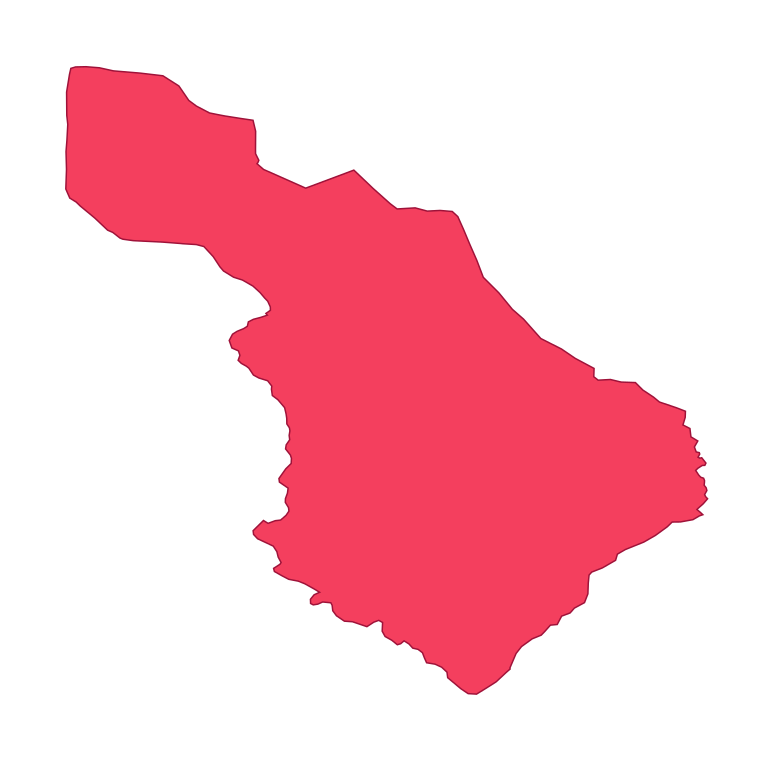 Pynes Town, Sinoe, Liberia (Natural Earth projection), rotated 272°
{"feature_id": "62588387B44747363578735", "entity_name": "Pynes Town", "entity_type": "district", "adm_level": 2, "iso_a3": "LBR", "parent_name": "Liberia", "parent_adm1": "Sinoe", "projection": "natural_earth1", "projection_center": [-8.563, 5.57], "detail": "fine", "context": "isolated", "style": "filled", "palette": "rose", "viewbox_px": 768, "rotation_deg": 272, "n_neighbors": 0, "source": "geoboundaries", "source_scale": "gbopen_adm2", "svg_char_len": 3441}
<svg xmlns="http://www.w3.org/2000/svg" viewBox="0 0 768 768"><g transform="rotate(272 384 384)"><path d="M688.5,60.0L686.8,59.7L682.7,58.9L664.6,56.6L655.2,57.0L641.3,57.6L632.4,58.9L616.5,58.6L605.2,58.1L587.3,59.2L567.8,59.2L564.2,60.9L558.8,63.5L555.1,70.0L553.3,72.0L551.3,74.2L539.9,89.0L528.1,102.4L526.0,107.7L520.6,115.1L519.6,117.9L518.6,127.5L518.5,128.9L518.1,157.5L517.3,176.4L517.2,177.2L516.8,191.6L515.1,199.2L505.3,208.9L495.3,216.0L491.3,219.7L485.5,229.9L484.7,232.7L483.0,238.8L477.3,249.6L471.1,256.9L465.7,261.8L462.7,264.9L457.1,267.7L453.7,267.9L450.4,263.5L448.7,265.0L446.2,258.2L444.1,251.2L441.4,246.3L436.9,245.4L434.4,241.7L431.5,235.3L428.5,230.9L422.1,227.8L414.7,230.7L412.0,237.4L407.6,239.0L402.6,237.4L399.6,240.7L397.0,245.8L395.1,248.4L388.4,253.2L385.6,258.8L383.2,267.6L378.0,271.9L374.8,271.7L368.6,272.8L364.6,278.5L356.9,285.5L350.6,287.2L346.2,288.0L340.7,288.3L336.9,291.0L333.9,291.6L329.3,291.0L325.0,291.7L319.8,288.4L315.7,287.9L309.8,292.9L306.5,294.1L301.3,294.0L297.7,290.6L295.8,288.8L285.9,282.3L282.3,282.9L276.6,291.8L271.5,291.3L266.0,289.5L262.3,289.5L257.1,292.9L253.6,293.4L249.3,290.7L244.4,285.4L243.6,280.1L240.7,273.0L241.9,270.9L243.4,268.3L232.8,258.3L229.1,258.9L224.9,263.1L221.0,272.3L218.1,279.0L212.7,282.8L207.3,284.3L202.0,287.4L200.2,286.3L195.9,280.1L192.8,281.0L188.6,289.1L185.5,295.6L184.0,305.1L181.6,311.8L176.6,321.6L173.6,326.9L170.9,321.5L166.3,318.0L162.1,318.3L160.8,321.0L161.7,325.6L164.0,330.3L163.5,338.5L161.0,339.9L155.6,340.7L150.7,344.6L145.6,352.7L145.3,360.8L140.9,375.4L145.6,382.1L147.6,387.0L145.6,390.9L136.9,390.8L131.7,393.9L128.2,400.7L123.9,406.4L125.0,409.7L128.0,413.0L125.1,418.0L121.0,422.0L120.0,427.3L116.8,431.8L111.6,434.0L106.9,436.3L105.8,444.7L103.0,451.5L98.2,457.0L92.7,457.9L82.1,471.5L77.5,478.9L77.3,487.3L83.7,496.9L90.3,506.5L99.8,516.0L103.6,520.0L104.5,519.7L119.3,525.4L126.4,530.6L134.5,541.0L138.5,549.9L142.5,553.5L148.8,558.7L149.7,565.5L158.2,569.6L161.7,578.0L166.7,582.1L172.5,592.0L181.4,595.1L192.2,595.1L200.2,595.6L203.3,598.2L207.8,608.6L215.9,621.6L222.1,623.2L227.0,631.0L235.1,649.2L242.2,660.6L251.2,672.1L256.1,676.8L256.5,685.1L259.2,697.5L263.2,703.8L264.5,707.2L266.8,704.6L269.5,701.1L270.4,701.9L275.4,707.2L280.6,711.4L282.7,709.3L284.7,708.3L288.8,710.4L291.5,709.6L294.0,707.5L296.9,707.7L298.7,707.7L301.0,706.7L301.9,703.8L304.0,701.7L308.5,698.5L310.8,700.7L313.7,704.9L313.9,707.5L316.2,708.5L321.4,704.1L320.9,702.2L321.8,700.4L325.0,702.0L326.4,701.5L327.0,698.4L331.9,696.4L338.0,699.6L341.9,692.6L350.2,691.3L353.5,684.2L361.2,686.2L367.3,686.2L369.9,678.7L370.6,676.6L375.6,659.9L380.3,653.8L387.0,642.9L394.2,635.2L394.2,621.0L396.4,610.1L395.3,597.9L398.6,593.4L406.9,593.4L416.3,574.2L425.2,560.1L430.5,548.6L434.9,539.2L435.9,538.2L453.7,521.2L463.1,509.7L479.1,495.6L494.1,479.5L510.7,472.5L526.7,464.8L540.6,458.4L552.9,452.4L553.8,452.0L558.8,446.2L559.4,434.0L558.3,421.2L561.1,409.0L559.4,391.0L564.4,383.9L579.3,366.0L580.2,365.0L596.7,346.4L577.0,298.9L594.2,256.2L599.7,249.4L600.9,250.2L601.5,250.5L603.2,251.1L607.8,248.6L609.7,247.6L613.9,247.4L632.1,246.9L643.0,243.9L644.4,231.3L646.1,217.4L646.2,216.4L646.8,212.4L647.4,208.6L648.8,200.1L655.2,186.8L660.6,179.0L664.4,176.2L674.7,168.6L681.1,157.7L684.3,152.3L684.7,147.7L686.2,129.3L687.5,102.6L690.1,88.5L690.5,79.4L690.7,75.1L690.1,64.7L688.5,60.0Z" fill="#f43f5e" stroke="#9f1239" stroke-width="1.5"/></g></svg>